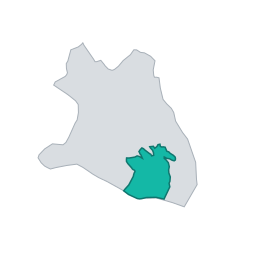 location of Bururi within Burundi, rotated 299°
{"feature_id": "BDI-2637", "entity_name": "Bururi", "entity_type": "Province", "adm_level": 1, "iso_a3": "BDI", "parent_name": "Burundi", "parent_adm1": "", "projection": "albers", "projection_center": [29.663, -3.868], "detail": "fine", "context": "in_parent", "style": "filled", "palette": "teal", "viewbox_px": 256, "rotation_deg": 299, "n_neighbors": 0, "source": "natural_earth", "source_scale": "10m", "svg_char_len": 2020}
<svg xmlns="http://www.w3.org/2000/svg" viewBox="0 0 256 256"><g transform="rotate(299 128 128)"><path d="M180.6,47.2L179.0,49.4L171.4,64.7L170.0,67.0L170.8,68.4L174.0,71.4L172.1,76.2L171.4,77.5L170.0,82.0L170.7,86.1L172.5,87.7L177.4,89.7L184.7,91.1L193.3,94.6L199.2,95.2L200.5,97.7L200.2,102.2L201.7,106.0L201.7,113.0L199.9,119.0L191.0,121.9L186.5,125.0L185.2,126.5L186.3,128.4L186.9,130.8L178.6,136.9L170.0,144.8L167.9,150.1L166.2,156.4L163.7,160.5L157.1,166.3L150.5,177.9L147.2,185.5L130.8,203.8L116.3,212.8L112.0,215.9L86.3,215.4L84.3,203.1L80.4,186.4L71.5,171.2L70.6,164.9L71.0,152.7L71.0,135.5L70.4,126.3L70.6,119.5L71.7,107.8L71.6,100.8L65.7,92.8L58.5,84.2L54.5,80.0L54.3,76.6L54.3,73.5L55.5,68.9L58.3,63.8L61.5,63.2L69.4,65.3L77.5,69.6L81.8,79.3L85.2,80.7L91.2,80.7L106.6,79.4L110.4,79.6L117.4,77.2L124.4,73.1L126.4,68.9L128.0,59.4L129.5,42.2L133.0,42.0L142.7,48.1L144.8,48.5L146.9,48.3L150.2,45.3L154.4,42.8L157.4,42.9L168.7,40.1L174.8,45.2L178.6,46.8L180.6,47.2Z" fill="#d9dde1" stroke="#a8b0b8" stroke-width="1"/><path d="M83.3,194.0L81.0,186.2L76.0,177.6L72.9,174.3L71.6,172.5L70.8,170.3L70.1,160.6L71.0,154.7L73.0,155.0L78.6,156.3L88.3,156.1L90.1,155.5L91.9,155.2L93.2,155.3L94.1,154.4L94.2,153.4L94.1,152.4L94.4,151.4L94.9,150.5L96.8,145.1L98.0,142.9L99.5,142.0L101.1,141.3L102.4,143.7L105.9,148.1L108.0,149.5L108.6,151.7L108.5,155.2L110.7,152.4L111.1,151.2L112.0,150.1L112.7,149.0L115.1,149.2L117.3,149.8L117.4,151.6L116.9,153.5L116.0,159.6L116.1,160.6L115.6,161.4L115.1,162.2L116.5,163.7L118.7,162.3L120.4,160.3L121.4,157.3L122.2,156.1L124.3,159.1L123.2,161.2L125.8,162.3L128.0,162.3L129.3,163.8L127.6,165.2L127.7,166.7L128.6,168.0L129.2,169.8L126.5,173.2L126.9,175.2L126.3,177.1L126.1,181.0L125.4,183.4L124.3,184.3L123.0,184.9L121.7,184.3L121.2,182.3L121.2,179.1L120.2,176.5L120.3,175.0L120.2,173.8L119.0,174.4L118.7,176.3L117.2,180.1L114.1,182.9L111.1,183.8L108.5,185.5L105.7,188.7L101.7,190.5L99.6,190.7L96.8,193.1L84.4,193.9L83.3,194.0Z" fill="#14b8a6" stroke="#0f766e" stroke-width="1.5"/></g></svg>